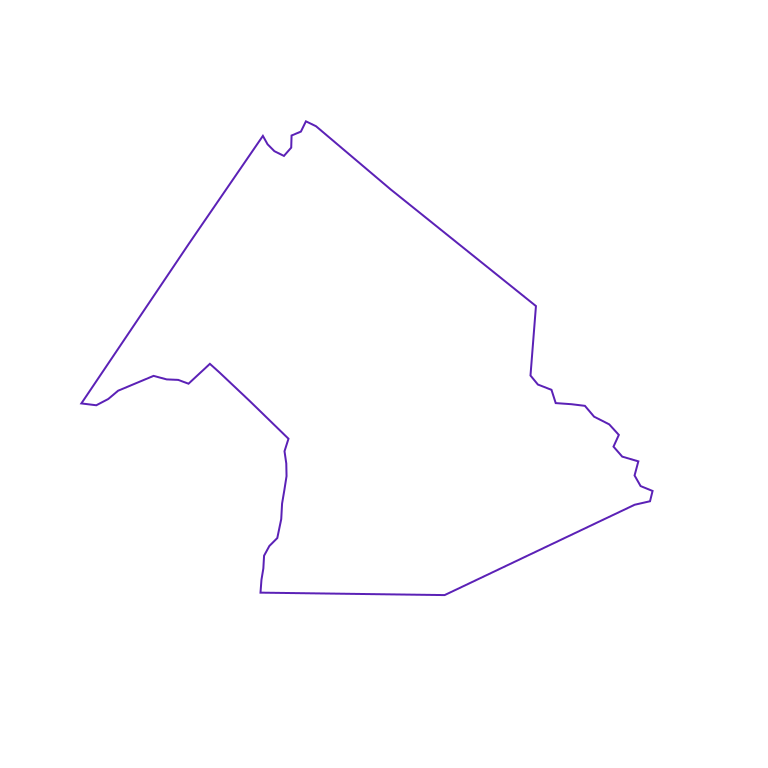 Jacaré dos Homens, Alagoas, Brazil (Robinson projection), rotated 285°
{"feature_id": "56859067B13186483981392", "entity_name": "Jacaré dos Homens", "entity_type": "district", "adm_level": 2, "iso_a3": "BRA", "parent_name": "Brazil", "parent_adm1": "Alagoas", "projection": "robinson", "projection_center": [-37.229, -9.654], "detail": "fine", "context": "isolated", "style": "outline", "palette": "violet", "viewbox_px": 768, "rotation_deg": 285, "n_neighbors": 0, "source": "geoboundaries", "source_scale": "gbopen_adm2", "svg_char_len": 849}
<svg xmlns="http://www.w3.org/2000/svg" viewBox="0 0 768 768"><g transform="rotate(285 384 384)"><path d="M615.4,251.6L617.5,240.6L606.3,238.4L600.1,230.4L588.3,233.2L578.4,228.3L580.5,217.9L585.4,209.5L592.3,202.8L484.5,164.7L468.6,159.1L286.9,96.7L289.0,111.6L298.1,121.5L308.7,128.9L332.2,159.3L332.2,172.9L334.7,184.1L333.7,195.1L358.4,210.6L352.5,222.2L332.8,258.7L306.4,305.9L293.3,305.3L281.9,310.2L269.8,313.7L255.8,315.2L242.1,316.5L226.9,319.7L207.6,320.8L197.9,315.2L187.1,312.6L174.6,315.2L163.2,316.3L150.5,318.7L195.8,497.2L305.9,626.4L332.2,657.3L339.6,671.3L350.2,671.1L351.8,658.3L360.5,649.7L375.1,649.7L375.5,632.9L382.9,621.9L395.6,624.0L403.3,612.0L406.8,595.4L414.9,583.7L413.0,570.3L410.0,554.8L421.7,547.3L423.3,532.8L430.1,523.3L498.6,510.6L573.7,340.0L615.4,251.6Z" fill="none" stroke="#5b21b6" stroke-width="2"/></g></svg>